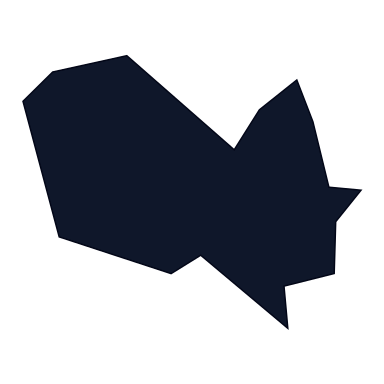 the Governorate of Al Wusţá
{"feature_id": "BHR-4928", "entity_name": "Al Wusţá", "entity_type": "Governorate", "adm_level": 1, "iso_a3": "BHR", "parent_name": "Bahrain", "parent_adm1": "", "projection": "mercator", "projection_center": [50.59, 26.145], "detail": "fine", "context": "isolated", "style": "filled", "palette": "ink", "viewbox_px": 384, "rotation_deg": 0, "n_neighbors": 0, "source": "natural_earth", "source_scale": "10m", "svg_char_len": 329}
<svg xmlns="http://www.w3.org/2000/svg" viewBox="0 0 384 384"><path d="M126.8,55.7L234.2,149.8L259.4,109.8L296.8,80.0L312.9,121.7L328.9,187.2L361.0,190.2L335.7,221.7L334.2,273.5L284.0,286.1L287.8,328.3L200.7,255.2L171.1,273.6L59.2,236.9L23.0,101.3L52.7,72.0L126.8,55.7Z" fill="#0f172a" stroke="#020617" stroke-width="1.5"/></svg>